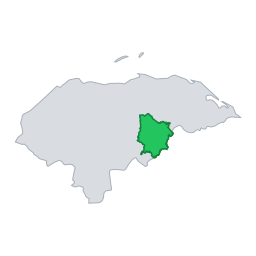 Catacamas, Olancho, Honduras (highlighted)
{"feature_id": "27666195B98073695243909", "entity_name": "Catacamas", "entity_type": "district", "adm_level": 2, "iso_a3": "HND", "parent_name": "Honduras", "parent_adm1": "Olancho", "projection": "natural_earth1", "projection_center": [-85.508, 14.563], "detail": "fine", "context": "in_parent", "style": "filled", "palette": "green", "viewbox_px": 256, "rotation_deg": 0, "n_neighbors": 0, "source": "geoboundaries", "source_scale": "gbopen_adm2", "svg_char_len": 7563}
<svg xmlns="http://www.w3.org/2000/svg" viewBox="0 0 256 256"><path d="M240.6,117.5L231.3,116.9L226.9,118.2L225.0,121.2L223.3,122.5L221.9,122.2L219.1,123.4L214.9,126.0L211.1,127.0L207.7,126.3L206.7,127.0L206.4,127.9L205.9,128.7L204.6,129.1L203.1,128.9L201.4,128.0L200.5,128.4L200.4,130.1L199.5,130.5L197.8,129.7L195.8,130.4L193.6,132.4L190.6,132.8L186.6,131.7L183.6,129.4L181.4,126.2L178.9,125.3L174.3,127.8L172.4,130.6L172.0,132.4L172.5,133.9L171.6,135.0L169.5,135.5L167.9,137.4L166.8,140.8L166.6,143.4L167.3,145.2L166.2,146.5L163.5,147.4L160.2,150.3L156.5,155.2L152.7,158.6L149.0,160.5L147.2,162.7L147.4,165.1L147.1,165.8L146.4,166.1L145.2,166.4L138.1,161.2L136.0,157.7L134.2,158.2L132.0,160.0L128.8,164.1L125.4,169.6L123.8,170.2L115.3,169.4L110.8,169.8L109.9,170.6L109.4,172.6L109.7,175.3L110.9,185.0L111.6,189.0L110.9,190.2L108.6,190.4L105.7,191.0L104.1,192.8L103.7,194.7L103.5,197.3L102.6,200.0L100.7,202.0L98.9,202.7L88.8,203.2L89.0,198.7L86.1,196.9L84.4,193.1L83.0,190.6L83.4,189.1L83.3,187.3L79.2,185.9L75.3,187.0L73.1,186.3L71.5,185.3L74.3,183.1L74.5,181.8L73.6,180.8L72.7,180.1L73.0,177.6L73.5,174.7L75.1,167.7L74.5,166.5L72.0,164.5L68.7,164.3L65.1,164.9L63.4,163.8L61.9,161.5L59.3,160.3L54.7,162.2L49.9,165.1L48.5,166.1L47.2,166.0L46.7,163.8L46.5,161.3L46.2,160.7L43.6,159.8L40.6,159.1L39.1,158.4L37.6,156.7L34.1,154.5L33.3,152.8L28.5,149.0L27.5,147.2L26.4,145.8L24.1,144.0L22.3,144.5L16.3,142.3L15.4,142.1L16.2,140.2L18.1,137.2L22.3,134.0L22.7,131.3L21.6,126.2L20.5,122.9L21.1,121.5L22.5,115.5L23.5,114.2L29.5,111.2L30.1,110.8L34.8,106.6L40.1,101.9L45.6,96.8L51.8,91.0L55.2,87.7L56.7,86.2L60.3,87.4L63.0,84.7L64.6,83.8L68.4,80.5L69.6,79.8L75.8,78.5L78.9,78.5L81.5,81.8L83.6,83.6L87.6,82.1L90.9,81.7L104.6,84.8L110.1,83.4L120.1,83.2L124.6,83.9L130.9,79.6L135.0,78.7L139.8,76.7L139.2,74.6L138.0,73.7L145.3,74.6L156.2,79.0L167.8,78.2L172.0,75.8L174.7,75.1L186.6,79.6L189.7,83.1L192.2,83.5L194.1,82.7L194.6,81.9L192.2,81.2L191.2,80.1L200.5,82.2L218.2,98.7L218.5,100.0L211.0,95.1L207.0,95.5L206.0,96.3L206.2,98.9L206.6,100.2L208.3,100.3L209.6,99.6L212.7,100.5L214.7,102.2L217.2,104.9L218.7,107.9L220.4,107.9L221.9,106.1L224.9,105.9L226.9,107.9L228.3,107.8L226.3,104.7L221.8,101.7L222.9,101.6L232.9,107.0L235.8,113.9L238.2,115.4L240.6,117.5ZM122.3,58.6L116.5,61.9L114.7,61.8L117.4,59.3L121.7,57.1L125.3,56.0L128.3,56.5L122.3,58.6ZM142.2,55.0L139.4,57.5L138.9,56.4L140.3,54.1L141.9,52.8L143.6,52.9L143.2,53.9L142.2,55.0Z" fill="#d9dde1" stroke="#a8b0b8" stroke-width="1"/><path d="M153.1,157.1L153.6,157.1L153.4,157.4L153.4,157.6L153.6,157.6L154.3,157.9L154.6,157.7L154.9,157.8L155.0,157.7L154.8,157.4L155.0,157.2L155.3,157.3L155.4,157.1L155.3,156.5L155.3,156.2L155.6,156.1L155.7,156.5L155.8,156.6L155.9,156.4L155.8,156.2L156.2,156.0L156.3,156.2L156.4,155.8L156.5,155.8L156.8,155.8L157.0,155.4L157.2,155.1L157.3,155.0L157.5,155.2L157.7,155.3L158.2,155.3L158.2,155.2L158.3,154.9L158.5,154.9L158.8,154.6L159.1,154.6L159.1,154.1L159.4,154.0L159.4,153.9L159.2,153.6L159.3,153.2L159.3,152.9L159.6,152.7L159.9,152.3L159.9,152.2L160.1,152.1L160.1,151.9L159.9,151.5L160.0,151.5L160.2,151.4L160.2,151.2L160.2,150.6L159.9,150.5L159.9,150.4L160.0,150.3L160.4,150.3L160.4,150.7L160.5,150.8L160.8,150.6L160.9,150.2L161.3,150.0L161.4,149.9L161.4,149.4L161.4,149.2L161.7,149.3L161.8,149.2L162.5,148.9L162.7,149.0L162.9,149.2L163.0,149.2L163.3,149.1L163.3,148.9L163.5,148.8L164.0,148.8L164.0,148.7L164.3,148.8L164.6,148.8L165.1,149.1L165.4,149.1L165.6,149.1L165.8,149.0L166.2,149.0L166.5,148.9L167.0,149.3L167.2,148.8L167.4,148.3L167.6,148.0L167.8,147.8L168.0,147.6L168.0,147.4L168.2,147.1L168.2,146.9L167.9,146.7L167.5,146.6L167.2,146.4L167.2,145.7L166.9,145.8L166.8,145.5L166.7,145.2L166.7,144.9L166.6,144.7L166.7,144.3L166.3,144.1L165.9,144.2L165.8,143.9L165.8,143.7L166.3,143.4L166.5,143.0L166.5,142.5L166.6,142.4L166.8,142.5L166.9,142.2L167.0,141.8L167.2,141.6L167.2,141.3L167.1,140.8L167.2,140.3L167.1,140.0L167.1,139.9L167.5,139.6L167.8,139.6L167.9,139.3L168.2,139.3L168.4,139.1L168.4,138.4L168.7,137.7L168.7,137.4L168.4,136.7L168.7,136.3L168.6,135.9L168.4,135.8L168.3,135.7L168.5,135.3L168.9,135.3L169.2,135.0L169.3,134.9L169.4,135.2L169.7,135.3L169.9,135.8L170.0,136.1L170.3,136.3L170.6,136.3L171.1,136.0L171.4,136.0L171.6,135.6L172.2,135.4L173.0,133.9L172.4,134.0L172.2,133.8L172.6,133.4L172.8,133.2L172.9,132.9L172.9,132.7L172.7,132.5L172.5,132.3L171.9,132.1L168.0,127.4L168.3,127.3L168.5,127.1L168.7,126.9L168.6,126.5L168.4,126.4L168.6,125.9L168.8,125.6L168.8,125.4L168.8,125.2L168.9,124.9L169.0,124.5L169.0,124.2L169.1,123.8L169.4,123.9L169.6,123.8L169.6,123.7L169.9,123.6L170.0,123.4L170.0,123.1L169.9,123.1L169.8,123.3L169.5,123.1L169.4,123.2L169.3,123.3L169.2,123.2L168.9,122.9L168.9,122.7L168.7,122.7L168.4,122.8L168.1,123.0L168.0,123.3L167.8,123.3L167.7,123.2L167.8,122.9L167.7,122.8L167.3,122.9L167.2,123.1L167.2,123.3L167.3,123.7L167.2,123.8L167.4,124.1L166.8,124.3L166.7,123.8L166.5,123.7L166.4,123.8L166.4,123.7L166.3,123.8L166.2,123.7L166.2,123.3L165.7,123.1L165.5,122.9L165.3,122.8L165.2,122.7L165.3,122.5L165.0,122.6L164.9,122.6L164.7,122.6L164.3,122.5L164.3,122.3L164.0,122.1L163.8,122.0L163.7,121.8L163.6,121.7L163.1,121.7L162.8,121.5L162.4,121.8L162.1,122.0L161.8,122.2L161.6,122.2L161.3,122.1L161.2,122.0L160.7,122.0L160.5,122.6L160.4,122.6L160.1,122.8L160.2,123.0L159.8,123.0L159.7,123.1L159.5,122.8L159.4,122.8L159.2,122.7L159.1,123.0L158.7,122.9L158.2,122.8L152.6,118.5L152.5,118.3L151.8,116.3L151.4,116.2L151.3,116.3L151.1,116.3L148.5,113.7L147.3,114.0L144.9,115.9L144.6,115.9L144.3,115.8L143.0,114.9L139.8,115.2L139.7,115.9L140.5,120.5L140.4,120.6L140.2,120.6L140.8,127.5L140.7,127.8L140.3,127.8L140.2,128.0L139.9,128.2L140.0,128.3L140.0,128.6L140.2,128.8L140.3,129.0L140.4,129.5L140.4,130.1L140.5,130.4L140.2,130.6L140.1,131.1L139.5,131.8L138.8,133.0L138.9,135.3L138.5,135.8L138.1,136.2L138.0,136.5L137.9,136.5L137.8,136.9L137.9,137.3L138.1,137.6L138.5,137.4L138.8,137.7L138.9,137.8L138.7,138.1L138.7,138.5L138.6,138.8L138.2,138.9L138.2,139.0L138.3,139.2L138.3,139.3L138.0,139.7L137.8,140.1L137.5,140.3L137.4,140.6L137.6,140.7L137.8,141.0L138.2,141.2L139.0,140.8L139.1,141.0L139.3,141.5L139.5,141.6L139.6,141.9L139.8,142.0L140.0,142.3L140.7,142.3L141.0,142.4L141.4,142.4L141.6,142.6L141.8,142.8L142.0,142.9L142.0,143.2L142.5,143.6L142.6,144.1L142.6,144.3L143.0,144.5L143.4,144.4L143.7,144.5L144.2,144.8L144.6,145.6L144.6,145.9L144.2,146.4L144.0,146.7L144.0,146.8L143.8,147.0L143.9,147.3L143.8,147.6L144.0,148.1L143.9,148.6L144.0,148.7L144.1,149.1L144.0,149.3L144.0,149.7L143.9,150.2L143.7,150.4L143.5,150.6L143.4,150.8L143.1,150.8L142.9,151.1L142.6,151.3L142.4,151.5L142.1,151.5L141.8,152.0L141.6,152.3L141.4,152.7L141.4,152.8L141.2,153.0L140.9,153.8L140.9,154.0L140.9,154.4L141.2,154.5L141.4,154.4L141.6,154.4L141.9,154.1L142.1,153.6L142.1,153.4L142.0,153.1L142.1,152.9L142.3,152.7L142.9,152.5L142.9,152.4L143.0,152.3L143.0,152.1L143.4,151.9L143.8,151.9L143.9,152.2L144.2,152.5L144.3,152.7L144.5,152.9L144.9,153.0L145.5,152.9L145.7,152.2L145.8,152.0L145.9,151.5L146.0,151.4L146.3,151.3L146.4,151.6L146.5,151.7L146.8,151.8L147.0,152.0L147.2,151.9L147.4,151.7L147.5,151.8L147.9,151.7L148.1,152.1L148.3,152.0L148.6,152.1L148.8,152.0L149.1,152.3L149.4,152.3L149.6,152.5L149.9,152.3L149.8,152.1L150.0,151.8L150.0,151.7L150.2,151.9L150.6,152.3L150.7,152.7L151.1,152.8L151.3,153.0L151.5,153.4L151.6,153.5L151.6,153.9L151.8,154.1L151.8,154.6L151.7,154.7L151.7,155.0L151.7,155.3L151.6,155.6L151.8,155.9L152.0,155.9L152.2,156.2L152.5,156.3L152.8,156.3L152.8,156.5L153.1,156.8L153.1,157.1Z" fill="#22c55e" stroke="#15803d" stroke-width="1.5"/></svg>